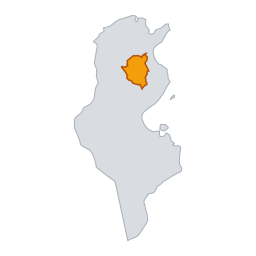 where Kairouan sits in Tunisia
{"feature_id": "TUN-118", "entity_name": "Kairouan", "entity_type": "Governorate", "adm_level": 1, "iso_a3": "TUN", "parent_name": "Tunisia", "parent_adm1": "", "projection": "robinson", "projection_center": [9.864, 35.574], "detail": "fine", "context": "in_parent", "style": "filled", "palette": "amber", "viewbox_px": 256, "rotation_deg": 0, "n_neighbors": 0, "source": "natural_earth", "source_scale": "10m", "svg_char_len": 3925}
<svg xmlns="http://www.w3.org/2000/svg" viewBox="0 0 256 256"><path d="M180.7,147.0L180.7,147.8L179.8,153.9L179.6,156.0L179.4,159.7L179.5,164.1L181.6,167.8L181.7,169.5L180.9,171.4L177.0,173.5L171.9,176.3L167.6,179.0L162.8,181.9L161.3,183.8L159.0,185.3L157.0,186.7L156.6,188.1L155.3,190.7L153.5,192.9L148.9,193.8L148.1,194.5L146.0,197.6L145.0,198.9L143.8,201.5L145.4,208.2L147.3,215.2L147.6,218.1L147.6,220.5L146.6,223.1L144.1,226.8L142.4,229.5L138.9,234.4L137.9,235.6L135.6,237.1L131.0,239.0L127.8,240.6L126.2,233.2L124.8,226.8L123.7,221.5L121.7,212.2L120.0,204.3L118.3,196.5L116.8,189.4L115.2,182.2L114.6,181.1L109.9,177.8L105.6,174.6L101.1,171.1L96.3,167.2L95.6,162.4L93.1,155.1L90.5,151.0L89.5,149.9L84.3,147.3L81.3,145.4L80.4,144.3L79.9,141.3L77.7,135.4L75.3,130.0L74.4,126.4L74.3,121.8L74.8,118.5L75.9,117.1L81.1,113.0L83.5,108.0L86.4,106.2L89.0,104.8L91.1,103.2L92.9,100.6L94.3,97.8L94.6,94.8L95.2,90.0L96.1,86.7L98.3,82.9L97.4,79.9L96.3,76.6L96.7,70.9L96.4,68.6L95.5,66.6L94.6,64.0L94.5,61.8L95.5,56.1L96.2,51.8L97.3,46.1L97.0,44.5L96.1,43.3L93.7,42.1L93.7,41.3L94.3,40.5L97.9,37.7L99.9,33.7L101.6,32.8L104.0,31.4L103.9,29.8L103.4,28.1L109.9,26.2L116.1,21.2L118.2,20.0L132.5,15.4L134.4,15.7L136.4,16.4L135.8,18.1L135.0,19.4L136.2,21.8L138.0,20.4L137.5,19.4L137.4,18.1L140.4,18.0L143.0,18.2L145.8,19.6L145.6,25.0L149.4,30.4L148.4,33.0L151.5,34.6L154.2,32.7L155.6,29.9L160.7,28.3L165.6,24.2L168.2,23.8L168.9,27.2L170.2,30.1L168.3,31.1L166.0,34.2L161.6,42.1L157.5,44.5L154.5,47.5L153.5,49.7L153.2,52.2L154.0,56.7L156.2,61.3L158.8,64.1L161.3,64.9L167.1,69.3L167.1,71.9L167.9,75.0L168.2,78.8L170.2,81.7L165.9,88.3L163.6,93.0L159.0,99.5L154.9,103.8L146.0,110.1L143.8,112.2L142.4,114.3L141.8,116.6L142.0,119.3L144.9,125.8L148.8,129.7L152.8,131.8L159.6,130.9L159.4,133.4L159.9,136.5L162.7,136.3L164.6,135.8L166.1,132.9L169.5,134.9L171.3,141.1L174.1,143.0L174.5,143.7L173.5,144.2L172.7,144.9L173.5,145.4L176.3,146.1L178.0,145.6L180.7,147.0ZM166.1,129.9L165.4,130.0L164.2,130.9L163.5,131.0L161.5,130.0L160.8,130.0L159.9,129.3L160.2,125.6L160.5,124.6L165.2,124.4L167.7,126.7L168.1,127.2L168.2,127.9L167.1,129.1L166.1,129.9ZM174.5,97.2L170.4,99.4L171.2,97.4L173.9,95.0L174.6,95.6L174.5,97.2Z" fill="#d9dde1" stroke="#a8b0b8" stroke-width="1"/><path d="M146.1,53.5L145.2,55.1L145.3,55.5L146.7,56.3L146.8,56.4L147.0,56.6L147.2,57.1L147.3,57.3L147.4,57.5L147.1,59.0L146.8,60.1L146.6,60.6L146.3,61.2L145.1,62.7L144.9,63.0L145.0,63.4L148.0,69.3L148.2,69.7L148.4,70.1L148.7,71.1L147.6,71.5L147.1,71.8L146.9,72.1L146.8,72.4L146.8,72.5L147.2,73.6L147.2,73.8L147.2,74.0L147.1,74.3L146.6,74.9L146.3,75.4L145.4,77.4L145.3,77.7L145.3,78.0L145.4,78.3L145.6,78.8L145.7,79.0L145.8,79.2L145.8,79.7L145.8,80.1L145.8,80.9L145.8,81.2L145.8,81.3L145.9,81.6L146.0,81.8L146.6,82.7L146.7,83.0L146.8,83.5L146.7,84.7L146.1,84.8L145.8,84.9L145.2,85.3L144.1,86.2L142.8,87.7L142.3,88.5L142.1,88.9L141.6,88.2L141.4,87.9L140.5,84.7L140.3,84.5L140.2,84.4L138.9,84.8L138.6,84.9L136.1,84.1L134.2,83.7L133.5,83.4L133.2,83.3L133.0,83.2L132.7,82.9L132.6,82.7L132.4,82.2L130.7,80.4L130.3,80.4L130.2,80.4L129.7,80.4L129.2,80.3L129.0,80.2L127.1,78.4L126.9,78.2L126.8,77.9L127.0,76.8L127.1,76.4L127.2,75.4L127.2,75.2L127.0,74.8L126.3,73.9L126.3,73.6L126.2,73.5L125.2,71.6L121.7,67.3L121.6,67.2L121.6,66.8L121.7,66.7L122.0,66.6L122.3,66.5L124.2,67.1L124.5,67.2L124.8,67.2L125.1,67.2L125.3,67.1L126.4,66.4L126.9,66.2L127.6,66.0L127.8,65.8L127.8,65.6L127.7,65.4L127.5,65.1L127.3,64.8L127.1,64.6L127.1,64.4L127.0,64.1L127.1,63.8L127.4,62.9L127.5,62.7L127.5,62.2L127.4,61.9L127.3,61.2L127.2,61.1L127.2,60.9L127.4,60.6L127.8,60.2L133.5,55.6L134.1,55.8L134.3,55.9L134.9,55.9L137.2,55.6L138.1,55.6L139.0,56.1L140.3,56.3L140.6,56.5L140.8,56.7L141.5,57.4L141.8,57.4L142.0,57.3L142.2,57.0L142.3,56.8L142.3,56.6L142.5,55.5L142.6,55.2L142.8,55.2L143.0,55.4L143.3,55.3L143.7,55.0L143.9,54.7L144.1,54.3L144.5,54.0L146.1,53.5Z" fill="#f59e0b" stroke="#b45309" stroke-width="1.5"/></svg>